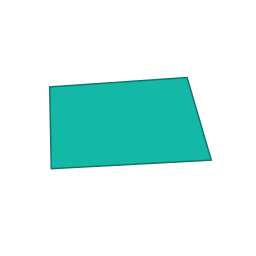 Akhmim City, Suhaj, Egypt (Mercator projection), rotated 209°
{"feature_id": "37247803B43234746614791", "entity_name": "Akhmim City", "entity_type": "district", "adm_level": 2, "iso_a3": "EGY", "parent_name": "Egypt", "parent_adm1": "Suhaj", "projection": "mercator", "projection_center": [31.873, 26.525], "detail": "fine", "context": "isolated", "style": "filled", "palette": "teal", "viewbox_px": 256, "rotation_deg": 209, "n_neighbors": 0, "source": "geoboundaries", "source_scale": "gbopen_adm2", "svg_char_len": 229}
<svg xmlns="http://www.w3.org/2000/svg" viewBox="0 0 256 256"><g transform="rotate(209 128 128)"><path d="M216.4,126.0L175.4,55.2L39.6,140.3L100.8,200.8L216.4,126.0Z" fill="#14b8a6" stroke="#0f766e" stroke-width="1.5"/></g></svg>